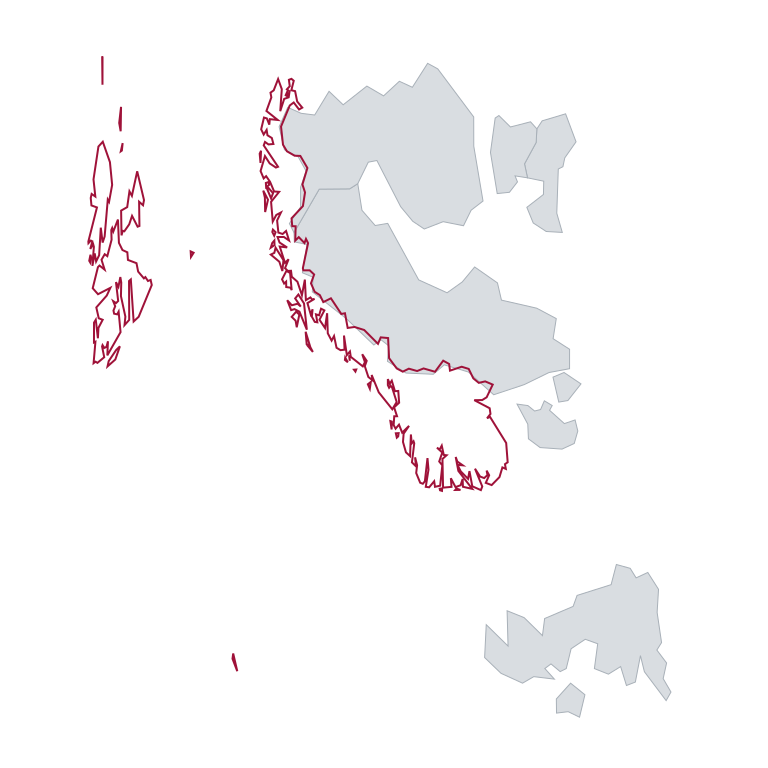 Norway shown with its bordering countries, rotated 273°
{"feature_id": "NOR", "entity_name": "Norway", "entity_type": "country or territory", "adm_level": 0, "iso_a3": "NOR", "parent_name": "Europe", "parent_adm1": "", "projection": "natural_earth1", "projection_center": [16.239, 69.249], "detail": "fine", "context": "with_neighbors", "style": "outline", "palette": "rose", "viewbox_px": 768, "rotation_deg": 273, "n_neighbors": 6, "source": "natural_earth", "source_scale": "50m", "svg_char_len": 8553}
<svg xmlns="http://www.w3.org/2000/svg" viewBox="0 0 768 768"><g transform="rotate(273 384 384)"><path d="M379.0,494.1L400.4,467.6L406.3,443.2L396.3,432.7L396.1,405.4L406.8,386.3L422.4,386.7L428.0,378.7L422.4,371.8L446.8,343.6L472.3,307.6L486.9,307.6L490.8,296.7L519.3,299.8L521.2,287.0L530.5,286.2L575.2,309.1L577.1,339.5L582.7,347.3L556.3,352.9L541.8,366.9L544.6,379.3L489.8,413.2L478.4,442.2L490.0,456.8L505.6,468.4L490.9,492.0L473.9,496.9L467.7,532.5L458.3,552.6L438.1,550.5L428.4,567.5L409.0,568.5L404.1,548.2L390.7,524.0L379.0,494.1Z" fill="#d9dde1" stroke="#a8b0b8" stroke-width="1"/><path d="M646.8,523.3L655.1,528.2L663.3,551.2L635.9,563.1L619.3,552.7L610.4,551.3L607.8,546.8L563.6,547.6L544.7,554.1L544.8,538.0L552.6,524.6L567.9,517.4L581.6,533.3L594.9,532.9L597.4,516.5L611.2,512.8L633.2,523.3L646.8,523.3Z" fill="#d9dde1" stroke="#a8b0b8" stroke-width="1"/><path d="M655.4,481.1L658.1,484.7L647.3,496.8L653.5,516.6L646.8,523.3L633.2,523.3L611.2,512.8L597.4,516.5L598.7,504.0L592.8,506.7L582.0,499.2L580.1,487.1L620.8,478.2L655.4,481.1Z" fill="#d9dde1" stroke="#a8b0b8" stroke-width="1"/><path d="M358.1,576.7L347.2,580.0L334.6,577.1L328.3,565.2L328.7,543.2L336.8,531.1L351.4,529.7L370.9,517.9L370.0,528.8L364.9,535.8L366.7,541.7L375.6,545.0L371.3,553.1L366.4,550.7L353.9,566.2L358.1,576.7ZM399.7,552.4L404.9,563.2L394.4,580.7L377.1,568.5L375.1,559.5L399.7,552.4Z" fill="#d9dde1" stroke="#a8b0b8" stroke-width="1"/><path d="M84.2,600.9L61.5,596.7L66.4,585.1L64.4,573.5L78.5,572.6L95.0,586.0L84.2,600.9ZM135.8,611.0L139.6,598.3L129.4,584.7L109.4,580.9L106.0,575.0L113.2,565.4L108.3,559.5L98.2,569.6L99.6,548.9L92.5,538.0L101.2,516.0L116.1,498.8L149.0,498.7L128.8,521.6L164.0,518.8L158.0,536.2L141.0,555.4L158.2,556.7L171.8,584.5L183.0,587.9L195.5,621.3L215.9,625.5L212.8,639.5L203.6,645.9L209.6,657.3L193.3,668.9L170.2,668.7L140.3,674.7L132.6,670.4L120.2,680.8L104.4,678.2L91.4,686.7L82.6,682.3L110.3,659.1L126.2,654.3L99.5,650.6L95.6,641.9L114.2,635.1L106.0,623.3L110.8,609.0L135.8,611.0Z" fill="#d9dde1" stroke="#a8b0b8" stroke-width="1"/><path d="M650.0,287.0L649.0,300.7L673.4,313.8L660.7,328.6L680.6,351.3L671.7,368.5L687.1,383.5L681.8,396.8L706.5,410.8L701.5,421.2L655.4,459.6L626.2,461.2L571.9,473.3L562.1,461.9L546.2,455.1L549.2,434.6L540.9,416.1L548.0,404.2L561.9,391.4L606.8,365.2L604.7,356.7L582.7,347.3L577.1,339.5L575.2,309.1L530.5,286.2L539.3,281.1L556.4,291.4L576.1,290.4L592.5,295.1L606.3,286.5L612.7,272.3L635.4,265.8L655.2,273.4L650.0,287.0Z" fill="#d9dde1" stroke="#a8b0b8" stroke-width="1"/><path d="M536.9,287.5L522.6,287.9L526.2,291.2L520.6,297.2L524.8,298.5L520.7,300.8L495.4,296.9L493.3,297.5L493.6,303.9L489.7,308.5L480.7,305.8L472.5,309.9L469.4,315.3L462.6,319.1L466.8,326.5L451.7,337.7L452.6,341.3L438.1,344.8L439.4,351.6L436.9,361.4L423.8,375.9L430.4,378.3L430.1,385.7L410.1,387.7L400.2,395.9L397.3,402.1L400.6,408.0L398.7,416.4L401.6,422.7L398.9,434.3L410.4,441.9L407.4,448.0L400.8,449.2L405.3,460.7L403.5,467.8L394.3,472.9L390.1,478.6L391.9,484.9L389.1,492.6L376.1,487.2L373.1,482.9L372.6,475.0L365.3,490.8L359.7,491.9L355.2,488.7L356.7,491.6L331.5,509.1L312.3,511.6L310.3,509.0L305.6,510.1L306.9,506.6L297.1,504.2L288.7,496.8L290.6,490.8L298.4,493.8L302.9,491.0L298.5,492.1L295.3,489.0L296.6,484.8L304.2,479.3L286.8,487.5L283.1,486.3L286.5,477.5L301.5,473.9L293.7,472.9L300.8,465.2L307.1,461.6L306.9,466.9L310.4,461.3L314.9,459.4L301.1,462.8L283.9,477.6L285.5,468.2L293.3,467.5L286.9,465.8L284.8,460.8L293.4,455.7L284.8,456.8L283.6,448.4L312.2,446.3L316.1,450.2L316.3,447.4L325.5,444.9L321.5,443.0L323.2,440.2L318.6,445.8L309.5,443.2L305.8,446.5L285.4,445.4L284.0,440.3L289.5,439.2L283.2,434.5L283.5,431.1L300.8,432.9L312.3,431.3L289.0,429.9L286.4,428.0L287.3,425.3L296.8,420.8L304.6,421.3L312.4,418.9L303.5,420.2L307.2,416.0L326.4,417.3L328.4,416.5L326.1,414.8L335.0,413.5L313.4,413.8L316.9,409.5L327.1,406.0L335.4,406.2L343.5,411.2L336.4,404.7L344.2,401.1L340.0,397.9L343.5,395.8L352.3,395.9L352.5,398.7L361.2,395.3L366.1,400.1L377.8,398.6L377.4,395.3L387.7,391.6L384.6,389.7L389.1,387.6L383.1,387.9L380.5,389.3L382.6,390.8L380.8,392.3L366.7,397.6L359.2,393.6L375.4,379.2L392.4,371.2L387.1,372.4L390.2,368.0L400.8,363.9L406.2,365.5L412.6,360.7L404.8,363.8L400.5,361.9L409.4,349.4L414.7,348.3L410.9,345.4L430.3,341.5L416.2,342.8L415.5,338.8L417.7,334.7L429.3,331.6L424.6,329.4L431.7,325.2L451.7,323.5L436.8,322.2L444.8,316.2L454.4,320.6L455.9,317.2L449.2,315.6L450.0,312.4L442.1,314.2L442.4,311.6L447.5,308.4L454.9,308.8L449.9,307.1L460.8,303.3L465.4,310.2L464.6,307.8L466.6,306.0L463.7,301.6L484.1,299.5L468.4,297.4L481.6,292.2L486.3,286.3L492.2,285.2L491.9,282.0L494.5,279.1L503.6,282.2L499.8,278.8L515.8,272.7L515.3,280.1L519.8,272.3L525.2,270.0L525.6,276.3L522.3,281.7L531.7,278.2L528.5,274.9L529.7,270.6L541.7,268.7L549.9,272.1L547.2,267.6L540.4,264.4L560.0,261.7L570.4,269.2L570.5,264.2L580.0,259.6L585.4,255.4L583.0,253.1L590.2,249.6L605.4,253.2L598.3,258.3L594.5,264.7L595.4,266.8L616.0,251.4L619.5,252.5L617.2,256.1L617.9,261.0L623.8,259.1L626.3,254.6L631.6,253.5L626.8,250.8L631.9,248.0L643.8,250.2L643.1,253.1L637.0,255.9L642.5,256.1L642.1,264.1L650.5,252.3L664.3,256.5L669.0,255.4L671.5,258.5L683.0,262.3L673.1,266.5L651.0,266.1L663.5,269.4L665.3,273.8L671.3,274.4L673.2,271.6L676.4,274.3L682.8,273.1L683.9,275.6L682.1,278.0L672.5,276.1L671.8,279.9L661.6,282.5L655.7,287.9L653.7,284.8L660.4,279.1L657.2,275.3L635.7,267.7L617.7,270.6L611.3,274.9L607.3,282.8L607.4,288.5L595.7,296.2L579.0,292.1L571.2,295.1L557.4,293.7L544.6,283.0L536.8,284.1L536.9,287.5ZM464.4,88.1L485.7,92.2L487.4,93.7L483.6,99.0L493.3,95.4L499.0,98.3L497.2,101.0L513.8,104.4L523.5,103.6L525.6,104.4L522.1,105.7L534.3,109.7L511.1,111.9L504.1,115.8L502.1,120.8L494.5,121.8L491.7,130.5L483.4,132.6L476.9,138.7L478.3,140.1L474.5,142.9L475.7,145.5L470.7,146.9L438.3,135.5L433.3,130.7L475.2,125.7L473.5,124.0L434.7,126.2L429.2,121.8L437.7,122.2L458.0,116.7L471.6,116.3L477.0,115.1L467.1,113.7L471.7,111.0L453.0,114.2L450.8,112.2L452.6,109.2L447.6,111.5L443.2,110.0L440.1,110.8L439.6,113.9L442.4,115.2L422.0,118.2L398.1,106.2L412.2,106.1L406.5,104.9L405.4,102.8L408.1,100.9L406.7,100.5L396.1,103.2L390.1,96.7L391.2,94.8L389.6,92.9L411.1,93.6L410.3,92.2L430.1,91.2L433.1,92.8L414.7,95.9L425.1,95.9L433.4,99.7L434.7,95.7L445.4,92.7L457.8,102.5L465.7,105.7L458.7,93.7L464.4,88.1ZM510.8,81.3L545.3,88.1L547.0,82.5L554.4,81.4L558.5,82.1L556.1,85.9L573.1,83.2L606.2,86.4L611.2,90.5L591.2,98.7L568.6,102.1L551.5,99.9L553.7,98.5L516.7,97.3L510.5,95.6L525.3,93.0L497.7,92.8L491.3,90.1L499.3,88.3L486.7,86.6L505.8,87.1L508.3,86.3L503.5,83.6L511.2,85.3L511.9,83.7L509.2,81.5L510.8,81.3ZM518.7,114.1L543.4,112.4L547.2,118.3L563.1,119.7L558.7,122.4L583.5,126.4L555.1,134.7L549.9,134.0L553.2,129.9L529.0,131.5L528.2,129.7L538.7,123.6L530.1,121.2L522.9,116.7L523.3,115.1L518.7,114.1ZM457.0,296.8L464.8,290.8L468.9,293.8L460.3,299.9L434.2,304.1L451.8,295.8L454.1,290.7L452.9,287.4L462.6,283.0L457.8,287.8L459.6,293.5L457.0,296.8ZM483.2,276.7L491.8,280.6L490.0,284.4L472.9,286.9L475.3,285.6L475.7,281.3L481.1,280.9L479.1,279.0L483.2,276.7ZM509.2,267.6L514.5,268.6L502.4,277.1L491.5,276.6L500.6,273.1L507.3,264.2L509.2,267.6ZM392.5,107.9L404.0,114.8L407.8,118.3L394.4,114.4L387.1,107.0L392.5,107.9ZM446.2,288.3L451.6,292.5L448.9,295.8L436.1,293.9L442.6,292.4L446.2,288.3ZM570.8,253.3L562.0,258.5L549.5,256.3L563.9,255.3L570.8,253.3ZM573.7,258.4L568.8,263.2L563.5,261.5L572.6,257.1L573.7,258.4ZM419.7,304.7L432.1,303.0L418.6,307.9L419.7,304.7ZM107.0,247.5L89.5,252.5L101.7,247.1L107.0,247.5ZM695.6,85.8L668.1,87.2L696.5,85.4L695.6,85.8ZM630.8,105.9L647.0,106.9L622.6,107.8L630.8,105.9ZM598.3,249.1L607.5,247.8L610.5,249.0L598.3,249.1ZM579.6,258.0L576.8,258.8L574.3,256.0L578.6,255.5L579.6,258.0ZM532.4,265.0L529.9,267.8L526.3,266.6L530.0,264.5L532.4,265.0ZM506.3,184.0L505.1,187.0L500.8,184.6L506.3,184.0ZM610.9,110.4L603.4,110.0L602.6,109.0L610.9,110.4ZM382.9,367.9L385.3,370.7L378.5,370.1L382.9,367.9ZM514.2,263.8L518.9,265.0L521.6,267.0L517.0,267.4L514.2,263.8ZM497.7,84.1L494.8,85.0L489.9,84.3L491.6,83.2L497.7,84.1ZM346.9,393.7L339.0,394.0L347.3,392.3L346.9,393.7ZM335.7,401.2L332.4,400.9L331.1,399.6L335.4,398.4L335.7,401.2ZM416.6,308.7L412.3,311.3L417.0,306.9L416.6,308.7ZM283.4,461.9L282.2,465.9L281.9,460.7L283.4,461.9ZM408.4,343.9L403.8,346.7L406.0,343.7L408.4,343.9ZM670.6,272.0L666.4,273.4L666.0,272.9L667.2,270.7L670.6,272.0ZM409.9,348.1L405.4,348.6L410.8,347.6L409.9,348.1ZM396.7,353.3L397.0,355.5L394.9,354.8L396.7,353.3ZM282.8,447.5L280.3,447.5L280.8,445.5L282.3,445.1L282.8,447.5Z" fill="none" stroke="#9f1239" stroke-width="2"/></g></svg>